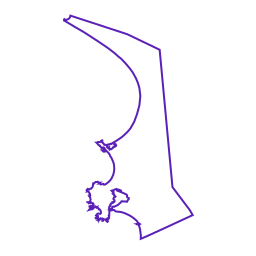 Al Burayqah, `Adan, Yemen (Equal Earth projection), rotated 92°
{"feature_id": "15242507B61395835555859", "entity_name": "Al Burayqah", "entity_type": "district", "adm_level": 2, "iso_a3": "YEM", "parent_name": "Yemen", "parent_adm1": "`Adan", "projection": "equal_earth", "projection_center": [44.818, 12.796], "detail": "fine", "context": "isolated", "style": "outline", "palette": "violet", "viewbox_px": 256, "rotation_deg": 92, "n_neighbors": 0, "source": "geoboundaries", "source_scale": "gbopen_adm2", "svg_char_len": 5988}
<svg xmlns="http://www.w3.org/2000/svg" viewBox="0 0 256 256"><g transform="rotate(92 128 128)"><path d="M212.8,60.3L207.6,63.6L185.5,81.5L48.7,99.1L34.3,132.0L17.7,189.5L19.0,189.7L20.1,190.3L21.2,191.4L21.9,192.9L22.1,194.2L21.4,195.4L21.7,195.7L22.9,195.6L23.2,194.8L29.2,184.0L33.6,175.7L42.4,161.0L48.9,150.7L53.8,143.8L56.9,140.2L58.8,137.5L63.3,132.9L68.0,128.6L72.3,125.2L78.2,121.7L82.6,119.7L87.7,118.0L93.4,117.1L95.9,116.8L105.0,117.4L113.9,119.5L121.5,122.0L128.1,125.4L131.7,128.2L135.5,131.9L137.9,134.6L141.3,139.3L144.0,143.7L142.9,141.5L143.0,141.1L143.6,141.1L144.0,141.5L144.0,141.8L144.5,140.4L144.8,140.7L144.8,140.2L145.1,140.1L145.0,139.8L145.2,139.7L145.3,139.8L145.1,140.2L145.4,140.2L145.4,139.9L145.5,140.2L145.8,139.8L145.7,139.3L146.1,139.2L147.3,140.7L147.1,141.0L147.4,141.5L147.6,141.2L147.5,141.6L147.7,142.1L147.8,142.2L148.2,141.9L148.1,142.1L148.4,142.3L149.8,144.2L149.6,144.7L149.9,145.1L149.7,145.1L149.7,145.3L149.7,145.5L149.9,145.2L149.7,145.9L149.2,146.2L148.7,146.2L149.0,146.4L148.6,146.6L148.6,147.0L148.4,147.0L148.0,147.9L147.3,148.8L147.4,148.3L146.8,148.4L146.8,147.9L145.8,148.3L145.9,147.7L145.6,148.2L145.5,147.7L144.4,144.4L144.5,144.0L144.3,143.9L144.3,144.5L144.9,146.1L145.6,148.8L145.7,151.0L145.0,151.5L144.7,151.6L144.1,152.5L143.4,152.3L143.0,151.9L143.4,152.4L143.4,152.7L143.1,153.4L142.7,154.0L142.2,154.0L141.7,153.2L141.3,153.2L141.2,153.5L141.7,154.4L142.5,154.7L142.8,155.1L143.1,155.7L143.0,157.4L143.4,158.2L143.8,158.5L143.8,158.9L144.7,157.9L145.7,157.2L146.5,155.6L146.9,155.3L147.2,155.4L147.7,154.6L148.5,154.2L149.0,153.6L149.3,153.4L149.2,152.9L149.0,153.3L148.8,153.3L148.4,152.7L148.3,151.7L148.6,151.0L149.3,150.8L149.4,151.0L149.4,151.8L149.5,151.9L150.1,151.0L150.3,150.5L150.0,150.3L150.3,149.7L151.2,149.6L151.8,150.2L151.6,150.6L151.5,152.8L152.5,151.6L152.3,150.0L151.8,149.9L151.6,149.4L152.0,148.3L154.2,146.1L155.5,145.2L156.4,145.0L158.1,143.7L162.0,141.8L164.7,140.8L169.2,140.3L171.4,140.4L175.0,141.0L179.2,142.8L180.7,143.8L182.5,145.4L184.5,147.7L185.0,148.5L185.5,149.7L185.4,150.3L184.7,150.7L185.3,152.8L185.3,153.5L184.9,153.9L184.3,154.0L184.1,154.3L184.3,154.2L184.4,154.8L183.9,154.3L184.0,154.8L183.8,154.4L183.6,154.3L183.6,155.2L183.0,156.2L183.1,158.5L183.8,159.4L184.6,159.8L184.6,160.9L187.4,161.1L188.4,161.5L190.0,162.8L189.9,163.6L190.9,164.6L190.8,165.2L190.5,165.3L190.3,166.1L191.1,166.4L191.3,166.6L191.2,167.0L191.5,167.2L192.5,166.4L192.8,166.6L192.7,166.1L193.4,164.9L195.3,163.7L195.8,164.1L196.1,163.6L196.9,163.4L197.6,163.7L197.4,163.9L197.5,164.4L198.1,163.9L198.8,163.4L200.6,162.9L202.4,163.2L203.2,163.7L203.2,164.1L203.6,164.7L203.6,166.2L204.2,166.3L203.9,166.1L203.8,165.6L203.8,165.4L204.0,164.9L204.5,164.5L204.1,164.1L204.3,163.3L203.8,163.2L203.6,162.2L204.3,161.5L204.6,161.0L204.4,160.4L204.7,160.0L205.7,159.8L206.1,159.8L206.5,160.5L206.6,160.0L207.3,160.3L208.1,161.2L208.1,161.8L207.2,162.8L207.7,163.8L207.9,164.7L207.8,163.9L208.3,163.7L208.8,164.1L208.6,163.7L208.7,163.3L208.5,162.5L208.2,161.8L208.2,161.3L208.7,161.0L209.1,161.2L209.4,162.4L209.6,162.4L210.5,163.6L211.2,164.1L210.8,163.0L210.6,162.0L209.9,161.2L210.0,160.6L210.4,160.8L210.4,160.6L208.5,159.0L208.3,157.9L207.7,157.8L208.0,157.4L208.0,156.8L208.7,156.8L209.3,157.3L208.5,156.3L209.1,156.5L208.5,156.2L208.5,155.9L208.8,155.7L208.8,155.3L209.2,154.8L209.5,154.8L209.9,155.4L209.2,154.3L209.9,155.3L209.7,154.7L210.1,154.5L209.9,154.2L210.1,153.7L211.1,152.8L212.7,152.1L214.0,152.1L214.8,152.7L214.5,155.0L214.9,155.7L216.5,156.9L217.1,155.9L217.0,155.0L218.1,154.8L218.7,155.7L218.7,156.7L219.0,156.8L219.2,157.2L219.4,157.1L219.4,156.8L219.1,155.7L219.5,154.7L220.1,154.9L220.6,154.8L220.8,155.0L220.8,154.6L221.1,154.5L220.7,154.4L220.9,154.0L220.5,154.0L220.4,153.7L220.3,153.4L220.5,153.1L220.4,152.9L220.0,153.0L219.6,152.5L219.6,152.0L219.3,152.0L219.5,150.9L219.3,150.5L219.4,150.0L220.1,149.4L220.7,149.9L220.8,150.3L221.6,150.5L221.7,150.3L221.6,149.7L221.3,149.5L220.6,149.6L220.1,149.0L220.1,147.7L222.4,145.6L222.8,144.5L222.6,144.9L221.8,145.3L221.8,145.0L221.6,145.1L221.7,145.3L220.9,145.8L220.9,145.5L220.6,145.6L220.8,145.8L220.1,146.1L219.3,145.6L220.2,144.8L220.1,144.7L219.3,145.5L218.8,144.6L218.8,144.0L218.5,143.9L218.4,143.7L216.0,144.2L215.9,144.1L215.9,143.7L212.2,143.7L210.7,143.9L210.3,143.6L210.4,144.5L210.1,144.0L210.2,143.8L210.0,143.7L210.0,143.9L209.3,144.1L207.6,144.1L206.9,143.6L206.7,142.9L206.2,142.7L205.3,143.1L204.8,142.8L204.5,142.4L204.1,142.3L203.7,142.0L203.7,141.3L203.0,140.0L202.4,139.4L202.3,139.6L202.2,139.1L201.8,138.9L201.4,138.8L200.9,139.1L200.2,139.2L199.7,140.0L199.0,140.1L198.2,139.8L197.3,138.4L197.0,138.2L196.7,139.1L196.2,139.3L195.7,139.1L195.3,139.5L195.1,139.5L194.8,139.7L194.9,140.0L194.6,140.1L194.3,140.9L194.0,141.1L192.8,140.1L191.9,140.4L191.8,140.7L191.8,141.1L191.6,141.1L191.4,141.4L191.6,141.8L191.2,142.2L190.7,140.6L189.3,137.7L189.8,136.4L190.2,136.4L190.4,136.1L190.4,135.1L190.1,134.9L190.3,134.7L190.3,134.1L190.5,134.1L190.8,133.7L190.9,132.8L191.5,132.7L191.0,134.1L191.1,134.8L190.7,135.5L190.9,136.2L190.6,137.3L190.6,137.6L193.0,130.8L194.6,127.1L195.3,126.6L196.3,126.7L197.0,126.4L197.5,126.1L198.1,124.7L199.1,124.8L200.4,125.9L201.7,126.4L201.5,128.2L201.6,128.3L201.5,131.9L202.4,132.2L202.1,132.2L202.5,132.7L202.4,132.4L205.4,135.6L207.2,139.1L207.0,140.2L207.2,140.5L208.7,141.3L210.1,140.7L209.9,142.5L209.7,142.3L209.6,142.6L210.4,142.7L210.5,143.0L210.6,142.6L211.0,142.3L211.0,141.9L210.8,141.6L210.7,140.9L210.4,140.5L210.5,139.2L210.6,138.7L211.1,138.4L211.8,137.3L212.2,132.2L212.8,129.7L213.9,126.6L215.8,122.5L216.8,120.9L218.2,118.8L220.4,116.1L222.5,114.5L223.0,114.4L223.3,114.4L223.6,115.8L223.7,115.5L223.1,113.4L223.6,112.7L223.8,113.0L223.5,113.1L223.3,113.6L223.9,115.5L223.8,116.1L224.0,115.8L223.7,114.6L223.8,114.4L226.0,113.3L228.4,112.5L234.9,111.4L238.3,111.4L235.4,105.2L225.6,85.6L212.8,60.3Z" fill="none" stroke="#5b21b6" stroke-width="2"/></g></svg>